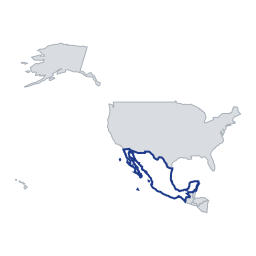 Mexico shown with its bordering countries
{"feature_id": "MEX", "entity_name": "Mexico", "entity_type": "country or territory", "adm_level": 0, "iso_a3": "MEX", "parent_name": "North America", "parent_adm1": "", "projection": "robinson", "projection_center": [-103.635, 23.63], "detail": "fine", "context": "with_neighbors", "style": "outline", "palette": "blue", "viewbox_px": 256, "rotation_deg": 0, "n_neighbors": 6, "source": "natural_earth", "source_scale": "50m", "svg_char_len": 11040}
<svg xmlns="http://www.w3.org/2000/svg" viewBox="0 0 256 256"><path d="M113.3,102.1L175.3,102.1L175.2,101.1L176.0,101.0L176.4,102.6L177.2,103.1L181.1,103.7L183.3,104.6L185.1,104.2L188.7,104.9L190.6,104.1L198.9,108.1L199.2,108.8L199.7,109.1L199.6,109.4L200.6,109.2L201.3,110.3L202.3,110.7L202.1,111.2L204.6,112.5L206.1,117.6L204.2,121.9L204.5,122.6L205.3,123.0L213.7,119.6L213.0,117.9L214.0,117.4L218.4,117.4L219.0,116.3L222.4,113.5L230.1,113.5L230.2,112.8L231.8,112.2L232.7,108.7L234.1,106.5L235.0,107.3L236.4,106.8L237.6,107.6L238.3,111.5L240.6,114.0L233.9,117.3L232.6,119.6L232.8,121.1L233.8,122.6L234.8,122.7L234.4,121.7L235.2,122.3L235.1,123.1L228.5,124.3L226.6,125.2L230.0,124.6L230.8,125.2L227.6,126.0L226.1,126.0L226.1,125.7L225.5,126.5L226.2,126.6L226.0,128.7L224.5,130.9L224.2,130.2L222.9,129.3L223.5,130.8L224.2,131.4L224.3,132.4L222.6,135.9L222.9,133.8L221.5,132.7L221.0,130.3L220.7,131.5L221.4,133.4L219.8,132.9L221.5,133.9L221.9,136.6L222.6,136.8L223.6,140.7L222.2,142.9L219.8,143.7L218.4,145.4L217.2,145.6L216.0,146.7L215.7,147.6L213.2,149.5L210.9,152.6L210.6,154.7L211.2,156.7L213.4,161.2L213.5,162.5L214.8,165.9L214.8,169.0L214.3,170.7L213.5,171.1L212.3,170.7L211.8,169.5L210.9,168.8L207.7,162.9L208.1,161.0L207.4,159.4L205.3,157.0L204.3,156.5L201.9,157.9L200.2,156.4L198.6,155.6L195.9,156.0L193.7,155.7L190.8,156.3L191.3,157.1L191.3,158.3L191.8,158.9L191.4,159.2L190.4,158.8L189.5,159.4L187.7,159.3L185.9,157.7L183.7,158.1L181.9,157.4L178.3,158.3L176.1,160.5L173.7,161.7L172.4,163.1L171.8,164.4L171.8,166.4L172.4,168.8L171.5,168.9L167.7,167.3L166.5,164.0L165.0,162.3L162.9,158.6L161.1,157.4L159.1,157.5L157.6,159.8L155.5,158.9L154.2,158.1L152.8,154.9L149.2,151.7L145.0,151.7L145.0,152.9L138.2,152.9L129.0,149.5L129.3,148.9L123.4,149.4L123.0,148.0L121.5,146.3L120.4,145.9L120.2,145.1L118.8,145.0L118.0,144.2L115.7,143.9L115.2,143.4L114.9,141.8L112.8,138.9L111.1,134.9L111.2,134.2L108.6,130.9L108.4,128.5L107.3,126.9L108.0,124.5L108.2,122.1L107.6,119.9L108.8,117.2L109.9,112.0L109.8,108.2L108.9,104.5L109.2,103.9L112.4,104.9L113.3,107.5L113.9,106.8L113.3,102.1ZM87.2,47.1L80.0,71.1L82.0,71.2L83.8,71.9L86.3,74.9L88.7,73.4L90.9,72.5L91.7,73.9L94.5,76.2L97.0,81.2L100.3,83.0L100.0,84.7L98.6,86.0L95.9,84.1L95.7,81.7L93.5,79.5L92.9,77.0L87.6,76.8L85.4,76.0L81.8,73.2L76.6,71.7L73.7,71.9L68.0,69.6L65.6,70.2L65.4,72.0L61.6,72.7L57.1,74.2L57.3,72.6L59.1,70.0L61.6,69.2L61.3,68.6L58.1,70.0L56.1,71.8L52.5,73.7L53.5,75.0L50.9,76.9L45.9,78.9L44.9,80.1L41.1,81.5L40.0,82.7L37.0,83.9L35.6,83.7L28.7,86.3L24.7,87.1L24.6,86.6L32.7,83.0L35.5,82.7L36.9,81.6L40.5,80.0L43.1,78.5L44.2,76.4L45.8,74.8L43.1,75.7L42.6,75.2L41.1,76.2L40.3,74.8L39.4,75.8L39.1,74.4L36.6,75.5L35.4,75.5L35.8,73.9L36.6,72.9L35.7,71.9L32.8,72.5L30.5,70.6L31.2,69.1L30.2,68.0L31.7,66.5L34.0,65.1L35.3,63.7L37.0,63.5L38.2,63.9L40.4,62.7L41.7,62.9L43.6,62.1L43.7,60.9L42.8,60.4L44.7,59.4L41.2,60.0L40.3,60.6L39.0,60.0L36.1,60.3L33.6,59.7L33.3,58.7L31.6,57.2L39.8,55.0L41.3,55.0L40.5,56.2L44.6,56.1L43.8,54.6L41.9,53.6L39.9,51.3L37.8,50.5L39.5,49.2L42.9,49.1L45.8,48.0L46.8,46.8L49.3,45.6L55.3,44.3L56.9,44.5L60.4,43.2L62.9,43.7L63.7,44.8L64.7,44.3L67.7,44.5L67.3,45.0L69.9,45.4L71.9,45.2L80.2,46.5L82.8,46.1L87.2,47.1ZM22.0,62.1L22.9,62.6L24.3,62.3L27.3,63.3L25.2,64.2L23.5,63.1L21.7,63.3L21.3,63.0L22.0,62.1ZM25.9,185.6L27.3,187.3L24.9,189.0L24.3,188.6L24.1,186.7L24.8,185.9L24.8,185.1L25.9,185.6ZM24.6,183.6L23.5,184.2L22.8,183.1L23.1,182.9L24.6,183.6ZM22.8,182.4L22.7,182.7L21.3,182.7L21.5,182.3L22.8,182.4ZM19.7,180.9L20.6,182.0L20.4,182.2L19.4,182.0L19.0,181.3L19.7,180.9ZM16.5,179.4L16.2,180.4L15.4,179.8L15.9,179.3L16.5,179.4ZM28.1,70.9L29.6,71.2L29.3,72.2L27.9,72.6L25.9,71.4L28.1,70.9ZM52.8,77.4L54.2,77.6L54.8,78.4L50.1,80.7L49.2,80.0L49.3,78.8L52.8,77.4Z" fill="#d9dde1" stroke="#a8b0b8" stroke-width="1"/><path d="M207.2,212.1L206.6,212.8L204.6,211.7L204.0,212.1L202.3,211.3L202.0,211.7L196.9,206.4L197.2,206.0L197.6,206.4L198.6,206.1L199.3,205.4L199.2,204.0L200.3,203.9L200.8,203.1L201.6,203.7L203.2,202.2L203.8,201.0L205.0,201.5L207.4,200.3L208.3,200.4L208.0,201.3L208.2,202.4L207.4,204.5L207.6,207.8L207.2,208.1L207.2,210.1L206.7,210.9L207.2,212.1Z" fill="#d9dde1" stroke="#a8b0b8" stroke-width="1"/><path d="M208.3,200.4L207.4,200.3L205.0,201.5L203.8,201.0L203.2,202.2L201.6,203.7L200.8,203.1L200.3,203.9L199.2,204.0L199.3,205.4L197.8,206.2L197.3,205.3L196.6,205.0L196.7,203.9L196.4,203.6L194.7,203.7L192.6,202.0L193.1,201.3L193.0,200.2L196.2,197.8L198.7,198.2L201.0,197.4L202.4,197.8L203.6,197.5L205.1,197.9L208.3,200.4Z" fill="#d9dde1" stroke="#a8b0b8" stroke-width="1"/><path d="M192.6,202.0L194.7,203.7L195.8,203.4L196.7,203.9L196.3,205.7L193.9,205.4L191.4,204.6L190.7,204.0L192.1,202.5L192.0,202.2L192.6,202.0Z" fill="#d9dde1" stroke="#a8b0b8" stroke-width="1"/><path d="M185.2,201.7L185.6,200.2L185.2,199.6L186.4,197.3L189.7,197.2L189.7,196.3L187.1,193.8L188.2,193.8L188.2,192.2L192.9,192.2L192.8,197.8L195.4,198.2L193.0,200.2L193.1,201.3L192.6,202.0L192.0,202.2L192.1,202.5L190.7,204.0L187.8,203.5L185.2,201.7Z" fill="#d9dde1" stroke="#a8b0b8" stroke-width="1"/><path d="M192.8,197.8L193.2,191.6L193.6,192.0L194.5,190.2L195.5,190.6L195.0,195.9L193.6,197.8L192.8,197.8Z" fill="#d9dde1" stroke="#a8b0b8" stroke-width="1"/><path d="M123.4,149.5L129.2,148.9L129.0,149.5L138.1,153.0L145.1,152.9L145.1,151.6L149.4,151.7L150.1,152.6L150.4,152.8L151.7,154.0L153.1,155.1L153.7,156.4L153.7,156.8L153.8,157.2L154.4,158.0L155.4,158.8L155.7,158.9L157.2,159.7L157.6,159.6L158.1,159.1L158.5,157.8L158.8,157.5L159.1,157.5L159.5,157.2L160.3,157.4L161.4,157.4L161.7,157.5L163.4,159.2L164.4,161.2L164.5,161.7L165.0,162.1L165.9,163.4L166.5,163.9L166.5,164.5L166.7,165.0L166.6,165.4L167.2,166.2L167.5,167.1L168.4,167.4L168.6,167.6L169.4,167.9L169.6,168.1L170.8,168.3L171.3,168.5L171.9,168.8L172.1,168.6L172.4,168.5L172.4,169.1L171.6,171.3L171.2,173.1L171.0,174.9L171.0,177.3L170.8,178.2L170.8,178.6L171.0,179.7L171.5,180.6L172.1,181.3L171.9,182.1L171.9,181.9L172.0,181.3L171.4,180.7L171.0,180.0L171.3,181.2L171.6,181.5L172.5,183.5L172.5,183.8L174.4,186.2L174.8,187.7L175.6,188.6L175.8,189.0L176.1,189.3L175.7,189.2L175.7,189.3L176.5,189.6L176.3,189.4L176.7,189.6L177.6,189.6L178.0,190.0L178.6,190.2L179.2,191.1L179.5,191.2L180.1,191.1L181.7,190.4L182.8,190.4L183.4,190.3L183.7,190.1L183.9,189.9L184.5,189.7L185.7,189.6L185.9,189.8L185.8,190.0L186.1,190.3L186.8,190.3L187.5,189.8L187.5,189.6L187.2,189.3L187.3,189.0L187.0,189.2L188.3,188.3L188.8,187.7L188.9,186.6L189.4,186.0L189.4,184.2L189.7,182.9L191.0,182.1L193.3,181.7L194.4,181.3L195.5,181.2L197.4,181.6L197.6,181.4L197.1,181.3L197.7,181.1L198.0,181.2L198.5,181.7L198.5,182.3L198.7,182.5L198.3,183.6L197.6,184.4L197.1,185.2L197.0,185.5L197.1,186.2L196.7,186.5L196.5,186.9L196.6,187.1L197.1,187.0L197.0,187.5L196.6,187.7L196.6,188.0L196.8,187.8L197.0,187.9L196.6,189.3L196.4,189.7L196.3,190.6L196.1,190.8L195.9,190.4L195.7,190.2L195.7,189.5L195.6,189.2L195.2,189.6L195.2,189.8L195.0,190.3L194.4,190.3L194.3,190.8L193.7,191.7L193.5,191.9L193.1,191.6L192.9,191.7L192.9,192.2L188.2,192.2L188.3,193.8L187.2,193.8L188.3,194.9L189.0,195.4L189.2,196.0L189.8,196.3L189.7,197.2L186.4,197.2L185.3,199.6L185.6,200.1L185.4,200.5L185.3,200.9L185.4,201.2L185.2,201.7L183.8,200.0L182.8,199.1L180.9,197.3L179.7,196.6L179.6,196.8L180.2,197.0L180.7,197.4L179.5,196.9L179.0,196.9L179.2,196.5L179.1,196.4L178.7,196.6L178.7,196.4L178.4,196.2L178.1,196.6L178.7,196.8L177.8,196.9L177.0,197.5L176.2,197.8L175.1,198.3L174.3,198.5L173.6,198.2L172.6,197.7L171.2,197.5L170.2,196.9L169.2,196.6L168.6,195.9L166.3,195.4L165.4,194.8L163.3,194.0L162.0,193.1L161.7,192.8L161.4,192.7L160.6,191.8L159.9,191.8L158.6,191.5L156.8,190.7L155.6,189.2L154.3,188.5L153.0,187.8L152.6,187.1L152.1,186.7L151.6,185.9L151.2,184.7L151.5,184.4L151.9,184.4L152.2,184.2L152.2,183.9L152.0,183.7L151.6,183.6L152.2,182.6L152.3,181.5L151.8,181.1L151.2,180.1L151.2,179.1L150.9,178.2L149.3,176.6L148.9,175.8L148.0,174.6L146.0,172.9L146.6,173.2L146.6,172.8L145.8,172.7L145.5,172.4L145.4,172.2L144.7,171.1L145.0,171.3L145.3,171.2L144.5,170.8L143.7,170.2L143.4,169.8L142.8,169.9L142.7,169.7L143.0,169.6L143.2,169.2L142.9,169.5L142.4,169.6L142.2,169.5L142.0,169.2L141.9,168.3L142.4,167.5L142.6,167.7L142.4,167.4L142.3,166.9L141.8,166.4L141.1,166.4L140.7,165.9L140.6,165.3L139.8,165.0L139.3,164.6L139.1,164.2L139.0,163.6L139.2,163.0L138.6,162.9L138.2,162.9L137.7,162.7L137.4,162.3L136.9,161.5L136.4,161.2L135.8,160.2L135.2,159.7L135.1,158.9L134.7,158.7L134.6,158.2L133.9,156.9L133.7,155.9L133.1,154.9L133.0,154.5L133.1,154.1L133.0,153.8L133.2,153.7L133.2,153.4L131.8,152.9L131.8,152.5L131.5,152.3L131.0,152.1L130.9,152.4L130.5,152.4L128.7,151.3L128.9,151.6L129.0,152.0L128.8,152.3L128.7,153.5L129.0,154.0L129.1,154.6L129.2,155.3L129.2,156.1L129.4,156.7L129.8,157.3L130.3,157.6L131.3,158.6L131.8,159.4L131.9,159.9L132.2,159.9L132.4,160.3L132.6,160.3L132.9,161.1L133.4,161.4L133.4,161.8L133.6,162.0L133.6,162.3L133.7,162.6L133.7,163.1L134.2,163.6L134.7,164.0L135.1,165.0L135.5,165.3L135.5,165.6L135.8,166.0L135.8,166.5L136.1,166.8L136.2,166.7L136.0,166.2L136.0,165.9L136.6,166.4L136.6,166.7L136.8,166.9L136.8,167.2L137.1,168.1L137.2,169.0L137.6,169.7L137.8,169.8L138.2,170.9L138.7,171.7L138.5,172.5L138.7,173.2L139.0,173.6L139.3,173.7L139.4,173.9L139.6,173.7L139.6,173.3L139.7,173.2L140.3,173.7L140.8,174.4L141.1,174.8L141.2,175.2L141.6,175.4L141.8,175.7L141.6,176.7L140.8,177.4L140.3,177.4L140.1,177.1L139.9,176.1L139.4,175.4L138.8,175.0L137.8,173.9L136.8,173.3L136.2,172.6L135.9,172.7L135.8,172.3L135.2,171.8L135.1,171.2L135.3,169.9L135.0,168.7L134.5,167.8L133.8,167.5L133.0,166.7L132.7,166.3L132.6,165.7L132.3,166.1L132.0,166.1L131.5,166.3L130.9,165.6L130.6,165.6L130.3,165.2L129.5,164.9L129.2,164.3L128.1,163.4L128.0,163.1L129.2,163.2L129.5,163.2L129.9,163.0L129.9,163.3L130.3,163.6L130.3,163.4L130.2,163.1L130.2,162.8L130.2,162.6L130.4,162.0L130.5,161.4L130.3,160.9L128.4,158.7L127.8,158.5L126.6,157.5L126.4,157.0L126.3,156.9L126.3,155.9L126.2,155.8L125.9,155.6L125.8,154.5L125.2,154.0L125.2,153.3L124.4,152.3L124.4,151.9L124.5,151.7L124.5,151.4L124.0,151.0L123.8,150.4L123.5,150.0L123.4,149.5ZM135.1,159.7L134.9,160.4L134.3,160.2L134.5,159.2L134.9,159.0L135.1,159.7ZM132.8,159.6L132.5,159.4L132.0,158.8L131.8,158.5L131.7,158.0L132.2,158.3L132.3,158.7L132.7,158.8L132.8,159.6ZM198.7,184.2L198.2,185.0L198.1,184.7L198.2,184.4L198.3,184.2L198.7,184.2ZM135.2,172.6L135.0,172.3L135.0,172.1L134.7,171.9L134.8,171.5L135.0,170.5L134.9,171.8L135.2,172.6ZM127.8,162.1L127.7,162.5L127.3,162.3L127.5,162.0L127.5,161.6L127.8,162.1ZM120.2,159.9L120.1,160.0L119.8,159.4L119.9,159.2L120.1,159.2L120.2,159.9ZM136.1,173.1L135.4,172.7L135.7,172.7L136.1,173.1ZM149.1,181.2L149.0,181.4L148.8,181.3L148.7,180.9L149.0,181.0L149.1,181.2ZM139.0,171.3L139.0,171.6L138.8,171.4L138.7,171.1L139.0,171.3ZM137.7,168.2L137.7,168.5L137.6,168.4L137.4,168.9L137.5,168.3L137.7,168.2ZM137.9,189.5L137.5,189.4L137.7,189.1L137.9,189.5ZM186.4,189.7L186.1,189.7L186.7,189.4L186.8,189.4L186.4,189.7ZM140.9,173.8L140.7,173.6L140.6,173.2L140.9,173.7L140.9,173.8Z" fill="none" stroke="#1e3a8a" stroke-width="2"/></svg>